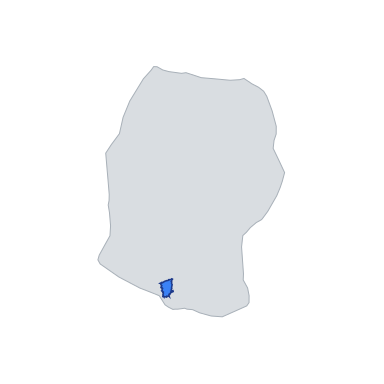 location of Mohale's Hoek, Mohale's Hoek, Lesotho, rotated 325°
{"feature_id": "5366337B50833634565448", "entity_name": "Mohale's Hoek", "entity_type": "district", "adm_level": 2, "iso_a3": "LSO", "parent_name": "Lesotho", "parent_adm1": "Mohale's Hoek", "projection": "natural_earth1", "projection_center": [27.441, -30.145], "detail": "fine", "context": "in_parent", "style": "filled", "palette": "blue", "viewbox_px": 384, "rotation_deg": 325, "n_neighbors": 0, "source": "geoboundaries", "source_scale": "gbopen_adm2", "svg_char_len": 4354}
<svg xmlns="http://www.w3.org/2000/svg" viewBox="0 0 384 384"><g transform="rotate(325 192 192)"><path d="M243.0,251.3L234.1,254.3L232.8,254.5L227.1,253.9L219.4,254.6L213.4,256.2L208.7,256.8L201.1,265.4L187.2,288.6L183.5,293.4L182.5,302.5L179.3,309.7L175.3,315.3L171.5,316.7L160.0,314.5L145.2,311.6L136.6,304.6L129.0,295.4L125.0,288.7L120.7,285.1L119.3,283.0L113.3,279.9L111.0,278.3L109.0,277.2L106.6,272.7L105.2,268.9L105.7,258.2L101.5,251.7L94.2,240.8L89.6,231.9L83.3,219.6L79.5,209.2L75.5,198.3L76.0,193.6L79.8,190.5L91.0,185.0L99.7,180.8L105.9,173.0L112.6,161.5L115.9,154.6L119.2,151.4L122.8,146.5L129.1,135.7L136.1,123.6L143.6,110.7L153.1,106.9L166.0,102.6L178.4,91.3L193.2,81.8L217.1,71.4L228.3,68.8L232.5,67.3L235.2,69.3L238.0,75.2L242.1,80.1L251.5,88.8L255.5,90.8L265.1,103.6L275.5,112.3L287.4,122.4L295.6,127.4L299.7,128.8L303.1,137.7L306.6,144.4L308.5,150.6L308.1,156.6L304.2,171.4L298.7,186.5L294.2,192.8L288.8,196.8L283.5,202.8L281.5,214.9L279.0,229.2L272.1,235.0L266.8,238.9L259.4,243.6L243.0,251.3Z" fill="#d9dde1" stroke="#a8b0b8" stroke-width="1"/><path d="M119.6,262.6L119.7,262.4L119.8,261.9L119.6,261.9L119.4,261.7L119.1,261.6L118.7,261.6L118.4,261.2L118.5,260.9L118.7,260.5L118.7,260.3L118.9,260.2L119.0,260.2L119.3,259.9L119.5,259.7L120.0,259.6L120.0,259.3L120.1,259.0L120.3,258.9L120.4,258.7L120.6,258.6L120.7,258.4L120.7,258.2L121.1,258.0L121.2,257.9L121.3,257.7L121.5,257.6L121.8,257.1L122.1,257.0L122.1,256.9L122.4,256.7L122.6,256.6L122.7,255.8L122.7,255.3L123.0,255.1L123.2,254.9L123.3,254.6L123.5,254.4L123.6,254.2L123.6,253.5L123.8,253.5L124.0,253.5L124.0,253.4L124.3,253.2L124.5,253.0L124.7,252.8L124.8,252.7L125.0,252.5L125.1,252.4L125.3,252.4L125.9,252.4L126.0,252.3L126.1,252.1L125.9,252.0L125.8,251.9L125.6,251.8L125.5,251.6L125.4,251.4L125.2,251.5L124.7,251.6L124.3,251.5L124.2,251.4L123.8,251.2L123.7,251.1L123.4,251.0L123.3,250.9L123.2,251.0L123.0,250.9L122.9,250.8L122.8,250.7L122.7,250.6L122.6,250.8L122.1,250.7L122.0,250.8L121.9,250.8L121.8,250.7L121.6,250.7L121.2,250.5L120.9,250.4L120.8,250.2L120.6,250.1L120.2,250.1L120.0,249.9L119.9,249.9L119.6,249.8L119.3,249.7L119.0,249.7L118.9,249.6L118.7,249.5L118.3,249.5L118.0,249.4L117.7,249.5L117.6,249.4L117.4,249.4L117.2,249.4L117.0,249.5L116.8,249.4L116.7,249.5L116.4,249.5L116.3,249.4L116.1,249.4L115.9,249.4L115.8,249.2L115.7,249.2L115.6,248.9L115.4,248.8L115.4,248.7L115.2,248.7L115.2,248.8L115.2,249.1L115.3,249.2L115.2,249.3L114.9,249.3L114.8,249.2L114.4,249.0L114.1,248.8L114.0,248.6L113.9,248.5L113.8,248.4L113.7,248.4L113.5,248.5L113.4,248.5L113.6,248.7L113.7,248.9L113.9,249.1L113.9,249.3L113.5,249.7L113.4,250.2L113.3,250.6L113.3,250.8L113.6,251.0L113.6,251.3L113.4,251.3L113.2,251.4L112.9,251.8L112.7,252.1L112.4,252.1L112.0,252.1L111.9,252.1L111.8,252.4L111.8,252.6L111.8,252.9L111.9,253.0L112.0,253.0L112.4,253.3L112.5,253.4L112.6,253.5L112.7,253.8L112.7,254.0L112.5,254.3L112.4,254.3L112.1,254.3L111.9,254.3L111.7,254.4L111.7,254.5L111.5,255.0L111.4,255.3L111.2,255.5L110.7,255.5L110.4,255.5L110.4,255.8L110.7,256.2L110.9,256.4L110.9,256.5L110.6,257.1L110.8,257.2L111.0,257.3L111.2,257.5L111.0,257.8L110.9,257.9L110.7,258.0L110.4,258.1L110.4,258.5L110.3,258.8L110.0,258.8L109.9,258.9L109.5,259.1L109.4,259.2L109.4,259.3L109.3,259.5L109.4,259.8L109.3,260.2L109.3,260.3L109.1,260.5L108.9,260.6L108.7,260.5L108.6,260.4L108.4,260.4L108.3,260.5L108.2,260.7L108.3,260.8L108.6,261.0L108.8,261.0L108.8,261.3L108.8,261.7L108.8,261.9L108.8,262.0L108.9,261.9L109.0,261.9L108.9,261.8L109.0,261.8L109.3,261.9L109.4,262.0L109.5,262.2L109.6,262.3L109.8,262.5L110.0,262.6L110.3,262.7L110.4,262.8L110.5,262.8L110.6,263.0L110.8,263.3L110.9,263.6L111.0,263.6L111.2,263.4L111.2,263.5L111.3,263.5L111.4,263.4L111.5,263.4L111.7,263.2L111.8,263.1L112.0,263.3L112.4,263.5L112.7,263.6L112.8,263.7L113.0,263.8L113.1,264.0L113.3,264.2L113.4,264.7L113.5,264.4L113.5,264.0L113.5,263.9L113.6,263.6L113.8,263.3L113.8,263.2L114.1,262.9L114.3,262.8L114.5,262.7L114.5,262.8L114.6,263.0L114.8,263.3L115.0,263.3L115.1,263.2L115.3,263.1L115.5,262.8L115.5,262.7L115.8,262.5L116.0,262.6L116.3,262.6L116.5,262.5L116.8,262.4L116.9,262.2L117.2,262.4L117.3,262.4L117.5,262.4L117.6,262.2L117.8,262.1L117.8,261.9L117.9,262.0L118.0,262.1L118.1,262.5L118.3,262.5L118.5,262.6L118.8,262.7L119.1,262.7L119.4,262.5L119.5,262.5L119.6,262.6Z" fill="#3b82f6" stroke="#1e3a8a" stroke-width="1.5"/></g></svg>